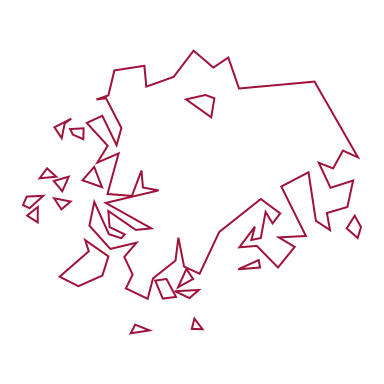 the Metropolitan City of South Jeolla
{"feature_id": "KOR-2506", "entity_name": "South Jeolla", "entity_type": "Metropolitan City", "adm_level": 1, "iso_a3": "KOR", "parent_name": "South Korea", "parent_adm1": "", "projection": "albers", "projection_center": [126.652, 34.734], "detail": "medium", "context": "isolated", "style": "outline", "palette": "rose", "viewbox_px": 384, "rotation_deg": 0, "n_neighbors": 0, "source": "natural_earth", "source_scale": "10m", "svg_char_len": 1873}
<svg xmlns="http://www.w3.org/2000/svg" viewBox="0 0 384 384"><path d="M358.0,157.4L342.9,150.6L333.1,168.4L318.8,162.8L330.5,187.8L353.1,180.5L347.4,207.0L326.9,213.0L330.0,230.1L315.9,220.8L308.5,172.3L281.3,186.5L305.9,236.0L278.8,237.4L294.7,246.9L278.0,267.5L256.8,245.9L239.4,247.3L254.9,226.7L251.4,240.0L260.8,238.0L265.6,212.0L272.6,223.4L280.2,213.4L260.8,199.0L219.2,232.0L199.6,273.7L184.1,266.6L178.4,237.7L175.5,260.6L153.0,278.4L147.7,298.8L125.9,288.4L132.6,274.6L124.3,256.9L136.5,242.7L110.3,248.9L89.4,225.6L94.3,201.9L108.9,234.2L121.3,238.2L124.8,234.4L109.6,227.1L108.3,211.0L135.8,229.9L151.3,228.4L105.8,202.9L158.6,190.4L142.9,187.5L141.5,170.5L131.9,195.9L107.5,194.0L118.6,153.4L97.3,162.6L107.7,145.8L86.8,122.9L102.3,115.8L116.6,145.2L121.4,128.0L106.0,98.2L96.4,99.5L108.4,95.4L114.4,70.4L144.4,65.8L146.3,86.6L173.6,76.9L193.6,50.7L213.4,67.6L228.3,57.5L239.0,88.5L314.5,81.6L358.0,157.4ZM214.4,98.3L205.4,95.0L186.1,99.4L211.2,117.3L214.4,98.3ZM108.4,256.4L102.4,275.5L78.4,286.2L59.6,276.7L88.8,251.3L85.2,240.1L108.4,256.4ZM176.0,296.9L162.8,298.6L155.2,280.6L166.5,279.0L176.0,296.9ZM238.2,269.3L258.7,260.1L260.1,267.5L238.2,269.3ZM354.7,215.7L361.0,227.1L357.7,238.0L346.7,228.4L354.7,215.7ZM61.7,138.2L54.5,127.3L71.3,118.6L64.7,123.4L61.7,138.2ZM94.2,166.9L102.0,187.2L82.5,180.3L94.2,166.9ZM178.1,287.2L186.4,269.0L193.1,279.0L178.1,287.2ZM43.2,195.8L29.6,208.2L23.0,205.1L26.7,196.6L43.2,195.8ZM47.0,168.3L56.2,176.7L39.7,178.3L47.0,168.3ZM70.6,201.5L61.4,209.4L54.1,198.3L70.6,201.5ZM37.8,207.0L37.7,222.4L27.1,215.6L37.8,207.0ZM62.3,191.2L53.8,181.0L68.7,176.7L62.3,191.2ZM83.3,139.2L72.9,134.6L70.1,129.1L83.6,128.3L83.3,139.2ZM198.8,290.0L189.5,298.1L174.9,291.2L198.8,290.0ZM194.4,318.6L202.5,329.2L191.8,328.9L194.4,318.6ZM135.2,324.7L149.5,330.4L130.7,333.3L135.2,324.7Z" fill="none" stroke="#9f1239" stroke-width="2"/></svg>